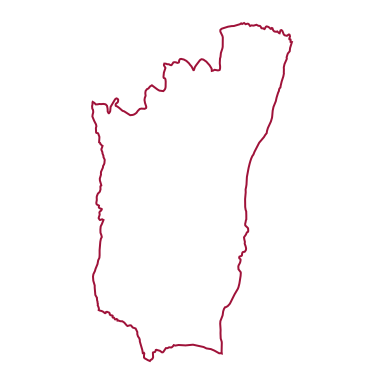 outline of Dekemhare, Debub, Eritrea
{"feature_id": "51966322B31407938426856", "entity_name": "Dekemhare", "entity_type": "district", "adm_level": 2, "iso_a3": "ERI", "parent_name": "Eritrea", "parent_adm1": "Debub", "projection": "equal_earth", "projection_center": [39.033, 15.089], "detail": "fine", "context": "isolated", "style": "outline", "palette": "rose", "viewbox_px": 384, "rotation_deg": 0, "n_neighbors": 0, "source": "geoboundaries", "source_scale": "gbopen_adm2", "svg_char_len": 5882}
<svg xmlns="http://www.w3.org/2000/svg" viewBox="0 0 384 384"><path d="M98.7,310.1L99.9,310.6L101.6,311.0L103.1,311.7L104.7,313.0L105.1,313.2L105.7,312.9L105.7,312.5L106.1,312.0L107.0,311.8L109.3,312.7L109.8,313.9L109.8,314.6L110.6,315.2L112.0,315.4L112.6,315.7L112.5,317.0L112.8,317.5L113.7,317.5L114.1,317.8L114.9,319.3L115.5,319.4L116.6,319.0L117.4,319.5L117.5,320.6L118.6,320.6L120.3,321.2L122.4,321.3L124.3,322.6L126.7,325.4L127.5,326.0L129.9,325.3L130.6,325.3L131.1,325.5L132.7,327.5L135.6,328.5L137.3,332.0L137.3,334.2L138.0,336.4L139.3,338.3L139.8,340.0L139.8,341.3L140.2,342.8L142.3,350.0L142.8,353.1L143.9,352.8L144.3,353.5L144.0,355.3L144.0,357.4L144.5,358.2L148.0,360.2L149.9,361.0L150.6,360.0L151.7,359.4L152.6,358.5L153.1,357.2L152.9,352.8L153.1,352.4L154.9,352.0L155.5,351.1L155.8,350.0L156.3,349.8L159.9,350.8L161.9,352.3L162.8,352.3L163.4,351.8L165.9,348.1L167.6,348.1L169.1,347.3L171.2,347.5L171.9,347.2L172.9,346.3L173.8,345.1L175.2,345.6L178.6,345.0L185.6,345.4L193.0,344.7L203.6,347.0L206.4,348.4L210.9,349.1L214.4,350.6L219.2,353.3L220.6,353.2L221.8,353.5L221.6,351.7L221.8,342.9L221.7,341.7L220.7,338.5L220.5,333.2L220.6,329.9L220.2,323.7L220.4,321.1L222.6,315.4L223.2,311.3L224.0,308.9L225.0,307.3L225.7,307.2L227.6,306.2L229.5,304.2L230.1,303.3L234.6,294.3L237.9,288.7L238.5,287.1L239.4,283.5L239.8,281.0L240.6,275.9L240.8,273.0L240.7,272.2L238.5,269.3L238.3,266.6L238.6,265.4L239.9,263.0L240.3,261.8L240.6,259.9L240.5,259.3L239.4,258.4L239.2,257.8L239.2,257.2L239.5,256.6L241.6,255.8L241.9,255.4L242.2,253.1L242.7,252.2L243.5,251.9L244.6,251.8L245.0,251.4L245.9,250.0L246.1,248.8L246.0,247.9L245.6,246.2L244.7,243.7L244.9,241.9L244.3,239.4L244.0,237.3L245.9,234.6L246.6,233.0L247.0,232.3L247.8,232.0L248.2,231.2L248.2,230.2L248.1,228.6L247.8,227.9L245.5,225.7L245.2,225.2L245.2,223.6L245.6,222.1L245.9,220.3L246.3,219.5L246.3,215.2L246.2,211.4L245.6,209.7L245.2,207.0L245.1,199.1L245.7,192.3L245.6,189.4L246.1,187.1L246.5,184.5L246.9,177.0L248.6,167.9L249.6,163.8L250.4,161.0L251.2,158.6L252.3,156.1L253.4,154.6L254.5,151.8L259.2,142.7L264.0,137.0L265.2,135.0L266.7,133.1L267.0,131.0L267.9,128.0L270.9,121.5L272.0,117.8L272.2,116.3L272.7,110.6L273.5,106.9L275.8,101.2L276.6,97.5L278.2,92.4L278.8,91.3L279.2,89.1L279.7,88.2L280.4,87.5L280.7,85.6L281.7,81.4L283.3,76.5L283.9,73.5L283.8,72.5L283.9,69.8L283.8,67.3L284.5,64.1L286.7,59.1L286.8,58.3L286.6,57.4L287.5,54.4L287.9,53.4L289.7,51.3L290.1,48.0L291.9,42.1L290.9,42.1L290.5,41.9L290.7,40.1L290.4,39.4L289.5,39.4L289.3,39.1L289.3,38.5L290.0,36.4L289.7,35.1L289.4,34.6L288.7,34.5L286.9,35.8L284.7,35.3L283.8,34.5L282.4,31.0L281.5,30.1L280.6,30.3L280.2,31.2L279.6,33.3L279.2,33.2L277.2,31.4L276.3,31.8L274.5,31.5L274.0,31.2L273.2,30.3L272.4,28.2L271.8,28.0L271.2,28.8L270.5,28.8L269.7,27.9L268.3,26.9L267.4,26.6L266.7,26.4L266.0,26.7L265.5,27.4L264.8,28.8L264.3,29.1L263.3,28.3L261.8,28.3L261.3,28.0L260.7,26.7L259.9,25.9L258.4,25.8L256.5,24.8L253.6,25.6L251.3,25.4L250.1,26.0L248.7,24.1L248.2,23.8L247.5,23.7L245.6,24.2L244.1,23.0L242.1,24.0L241.4,23.4L240.9,23.5L240.0,24.2L233.9,26.0L231.6,26.1L228.0,26.7L222.0,28.6L221.2,29.1L220.4,29.9L220.3,30.9L220.4,31.7L222.5,36.1L222.8,37.6L222.7,46.8L222.4,48.4L220.9,53.0L220.5,56.9L220.0,58.6L219.8,62.4L219.8,63.8L220.1,66.1L220.1,68.1L219.8,69.6L219.6,70.0L218.7,70.3L217.8,70.4L214.6,69.8L213.1,70.6L211.8,70.9L211.6,68.6L209.6,65.3L206.3,61.6L203.4,59.6L201.7,59.2L200.6,59.7L199.8,60.4L196.0,65.4L194.8,67.3L194.0,69.9L193.8,70.1L193.4,70.1L191.5,66.4L189.9,64.6L189.0,63.3L186.4,60.9L183.8,59.5L181.1,58.9L180.1,59.1L179.2,60.3L179.0,62.1L178.6,62.6L177.3,62.9L175.9,62.3L174.3,62.2L173.4,62.4L171.7,64.9L171.2,65.2L170.2,65.0L169.0,64.3L167.1,64.2L165.9,63.7L164.3,63.6L163.9,64.8L164.0,65.5L165.4,67.8L165.4,68.1L163.9,72.6L163.5,76.6L163.6,77.6L163.9,78.0L164.8,78.3L165.2,78.7L165.5,79.7L165.7,81.6L165.6,87.0L165.3,88.4L164.9,89.3L164.1,90.3L163.3,91.1L159.4,90.6L157.5,89.5L151.9,85.3L150.0,86.5L148.4,88.5L146.9,89.2L145.6,91.0L145.3,93.1L145.6,95.8L144.8,97.9L144.5,100.0L145.0,102.9L146.2,106.5L146.2,107.7L146.1,108.0L144.7,108.8L141.4,108.6L139.7,109.0L137.8,110.9L136.4,112.9L134.4,114.3L132.8,114.9L130.2,115.2L124.1,111.3L122.5,110.8L119.3,108.0L117.3,106.5L116.0,106.0L115.7,105.7L115.6,104.9L115.7,104.1L116.0,103.7L117.6,102.4L118.0,101.6L118.2,99.9L118.0,99.3L116.7,98.4L116.2,98.5L115.1,99.3L110.6,106.9L110.2,111.1L109.9,111.9L109.0,113.2L108.6,113.2L108.3,112.7L107.7,111.6L107.6,108.8L107.2,106.8L107.0,105.8L105.9,104.6L105.1,104.2L103.3,103.9L101.3,104.1L99.3,104.0L97.8,104.3L95.7,104.4L94.4,102.9L92.7,101.9L92.5,102.5L92.5,104.5L92.1,105.9L92.1,106.5L92.3,108.6L93.0,109.9L93.2,111.4L93.2,112.4L92.6,114.7L92.4,116.5L94.1,120.7L96.0,124.4L96.4,126.2L96.0,127.6L95.9,128.2L96.1,132.4L96.4,132.9L97.9,133.2L98.5,134.2L98.9,135.6L99.3,136.4L99.4,137.6L99.1,142.3L100.1,143.0L100.5,144.2L101.3,144.7L102.1,145.9L102.5,146.0L102.0,147.7L101.5,148.7L101.4,149.8L102.4,152.2L102.5,153.5L103.4,155.7L103.5,157.2L104.6,159.5L104.7,160.0L104.4,163.2L104.0,164.4L103.1,166.0L102.9,167.6L101.0,171.9L100.9,173.6L101.0,174.6L99.8,178.6L99.9,180.5L101.2,184.9L101.3,185.5L100.6,186.0L100.4,186.6L100.5,189.4L99.9,191.4L99.5,192.1L97.9,193.6L97.0,195.8L96.7,197.0L96.8,200.0L96.3,202.9L96.5,204.0L97.0,204.6L99.0,205.6L98.8,207.0L98.9,207.5L99.2,207.9L100.5,208.6L101.4,208.8L101.8,209.1L101.7,209.6L101.1,210.6L99.8,211.6L99.4,212.5L99.7,214.7L98.7,217.7L98.7,218.3L99.7,219.8L100.0,220.0L102.1,219.3L103.5,220.0L101.9,224.0L100.7,226.4L100.4,229.6L100.5,232.8L101.3,234.9L101.8,237.0L100.9,238.8L100.3,241.8L99.6,250.1L99.6,255.2L99.4,257.8L98.2,260.3L97.5,264.1L95.6,268.7L94.9,271.1L93.4,274.2L93.0,276.6L93.3,280.7L94.7,285.5L94.7,287.6L95.3,294.6L95.4,295.1L97.0,297.9L96.9,298.3L97.1,300.3L97.6,302.1L97.5,302.9L97.9,303.8L97.7,305.3L98.1,306.1L98.8,308.1L98.9,309.0L98.7,310.1Z" fill="none" stroke="#9f1239" stroke-width="2"/></svg>